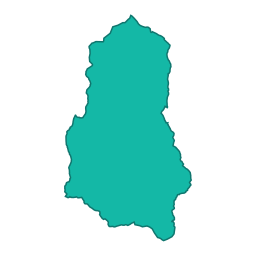 the district of Lupsa, Alba, Romania
{"feature_id": "2599482B13834137324749", "entity_name": "Lupsa", "entity_type": "district", "adm_level": 2, "iso_a3": "ROU", "parent_name": "Romania", "parent_adm1": "Alba", "projection": "orthographic", "projection_center": [23.199, 46.368], "detail": "fine", "context": "isolated", "style": "filled", "palette": "teal", "viewbox_px": 256, "rotation_deg": 0, "n_neighbors": 0, "source": "geoboundaries", "source_scale": "gbopen_adm2", "svg_char_len": 5737}
<svg xmlns="http://www.w3.org/2000/svg" viewBox="0 0 256 256"><path d="M163.6,240.6L167.2,239.2L171.9,236.7L174.0,233.9L174.9,227.4L174.8,227.0L174.5,226.6L173.9,226.1L174.0,224.6L174.2,224.1L173.9,222.7L173.4,222.2L173.3,221.9L173.0,221.6L172.0,221.5L172.3,220.9L172.5,220.6L174.0,220.0L174.0,219.8L174.4,219.6L174.4,217.7L173.4,215.7L172.8,215.0L172.6,213.6L172.3,212.9L172.2,212.3L171.9,211.7L171.9,210.6L172.2,210.2L174.3,208.6L174.2,207.4L173.5,206.2L173.6,205.7L174.1,204.8L174.2,204.0L173.9,203.0L174.1,201.9L174.0,201.2L174.2,200.8L174.3,200.3L175.0,200.0L175.2,199.6L175.6,199.3L175.6,198.9L175.9,198.3L176.0,197.6L176.7,196.9L177.6,194.7L178.8,194.6L179.2,194.6L179.4,194.1L180.7,193.6L181.9,193.3L184.1,193.1L184.8,192.8L185.8,192.0L185.7,191.6L186.8,190.7L187.5,190.4L187.6,189.2L189.6,186.9L189.7,186.4L190.8,185.2L190.8,184.3L190.0,183.4L189.5,182.3L190.1,181.7L190.4,181.1L191.2,180.1L190.8,178.7L190.7,176.8L190.7,175.0L190.5,174.5L190.4,174.2L190.4,173.4L190.3,173.1L190.2,172.6L189.9,172.3L189.6,171.6L187.5,169.4L186.7,168.9L185.8,168.5L185.3,168.0L184.7,167.4L182.6,165.7L183.5,164.1L182.7,163.2L181.9,161.5L180.7,160.9L180.2,159.3L180.9,157.5L180.5,156.4L180.4,155.7L180.5,155.2L180.5,154.5L179.8,152.8L179.5,151.7L178.1,149.9L177.8,149.7L177.5,149.5L176.9,148.5L176.3,148.1L175.8,147.7L175.9,147.4L174.2,146.4L173.9,146.4L173.0,145.8L173.8,141.9L174.1,141.3L174.3,140.6L174.0,139.8L173.4,138.8L172.8,137.5L172.8,137.1L173.7,135.6L173.9,134.8L174.0,133.3L173.0,132.1L171.7,131.3L170.9,130.6L170.3,128.9L169.0,126.5L168.6,125.9L167.8,124.5L168.0,124.3L167.5,123.6L167.5,123.2L167.7,122.8L167.0,122.9L166.5,122.7L166.0,122.7L165.9,122.1L165.3,121.1L165.2,120.8L164.7,120.3L164.7,119.9L164.4,119.4L164.5,119.2L164.3,118.6L163.3,116.3L163.1,115.7L162.8,115.4L162.4,114.6L162.1,114.2L161.1,113.5L161.3,113.0L161.4,112.2L162.0,111.2L163.2,110.0L163.8,109.1L164.4,107.8L165.0,106.3L165.7,106.6L165.9,106.9L166.2,106.7L167.2,107.7L167.4,107.5L167.5,106.7L167.2,106.1L167.1,104.7L167.1,103.6L167.0,102.6L166.9,100.9L167.0,99.8L167.2,98.5L167.3,97.4L168.0,95.5L168.5,94.6L168.6,93.9L168.5,92.7L167.9,91.1L168.0,90.8L168.6,90.2L168.6,89.6L168.4,88.4L167.9,88.1L167.8,86.6L168.0,85.9L168.0,85.3L168.3,84.5L168.4,82.9L168.0,80.9L167.6,79.7L167.6,78.7L167.9,76.9L168.1,76.1L168.2,75.5L168.1,74.2L168.2,73.7L168.7,73.7L169.0,73.4L169.4,72.6L169.7,72.2L169.9,71.7L170.0,71.1L170.0,69.7L170.2,68.8L170.3,68.0L170.5,67.5L170.9,66.9L170.9,66.5L170.8,66.0L170.7,64.1L169.9,62.7L169.2,60.9L168.4,60.0L167.9,59.0L167.2,56.9L166.9,54.6L167.0,53.3L167.7,52.0L167.8,51.3L167.8,50.5L168.2,49.6L169.4,47.8L169.5,47.2L169.8,46.3L170.0,45.2L168.8,44.1L167.9,43.0L167.3,42.6L165.2,40.6L164.7,40.2L164.1,39.2L164.3,38.4L162.4,36.8L161.3,36.1L160.3,35.6L159.5,35.4L159.0,35.3L157.3,34.3L156.8,33.8L152.5,31.8L152.5,32.0L151.5,32.4L151.0,32.4L150.6,31.6L150.1,28.7L149.1,28.0L148.7,27.5L148.0,27.2L147.0,27.1L145.9,27.3L145.1,27.3L142.3,26.4L140.1,25.4L138.5,24.0L137.0,21.5L134.2,18.3L132.0,16.1L130.8,15.4L129.7,18.3L128.3,19.3L125.1,22.6L122.7,22.7L118.0,25.2L112.8,26.8L110.2,33.3L103.9,38.2L103.7,40.9L103.1,41.8L95.9,41.6L93.1,42.9L92.0,43.1L89.1,46.4L89.2,47.9L89.9,49.5L90.1,53.6L89.3,57.3L89.7,61.5L92.1,63.9L92.5,64.6L92.4,65.3L91.9,65.9L91.2,66.4L87.3,68.9L86.8,70.1L86.0,71.7L85.9,72.0L86.0,72.4L86.1,72.7L85.7,74.2L86.0,75.1L86.6,76.3L87.4,77.0L88.4,77.8L88.7,78.3L88.8,79.1L90.0,81.2L90.2,81.7L90.7,83.5L90.7,84.0L90.2,84.8L90.2,85.1L90.3,85.3L90.2,85.8L89.4,87.2L87.0,89.7L86.7,90.7L86.3,93.0L87.4,94.4L88.0,95.7L88.0,96.8L87.8,99.0L88.2,99.8L87.9,101.4L88.1,102.1L88.1,102.4L87.9,103.4L87.4,104.1L86.7,105.6L86.1,106.3L85.8,107.1L85.7,108.3L86.0,111.5L85.5,113.7L83.4,116.7L83.1,117.5L82.7,117.5L82.3,117.8L81.8,117.9L79.9,117.8L79.5,117.7L79.2,117.3L77.8,117.4L77.2,117.2L76.3,116.3L76.0,115.9L75.7,115.3L75.6,115.2L75.3,115.3L74.5,117.1L74.2,117.6L74.1,118.0L73.8,118.4L73.5,119.7L73.4,120.3L73.2,121.1L72.9,123.6L72.7,124.1L72.5,124.9L72.2,125.7L71.9,126.1L71.2,126.5L70.9,126.9L70.1,127.3L70.0,127.5L70.1,128.3L69.9,128.6L69.3,129.0L69.3,129.5L69.1,129.8L68.7,130.2L68.0,130.5L67.3,131.2L66.9,131.8L66.8,132.0L67.1,132.9L67.1,133.3L66.9,134.0L66.1,135.9L66.0,136.6L66.1,141.2L66.3,143.4L66.3,144.2L66.4,144.8L67.3,146.2L67.3,146.6L67.2,147.1L67.6,147.7L68.6,151.9L68.9,152.1L69.3,152.4L69.4,152.7L69.4,153.8L69.5,154.2L70.2,155.1L70.7,156.3L71.3,158.7L71.5,159.7L71.3,160.8L71.3,161.8L70.6,163.5L69.9,165.1L69.7,165.7L69.4,166.0L68.8,167.7L68.9,168.2L69.2,169.1L69.4,170.2L69.5,172.8L69.4,173.5L70.0,175.7L70.5,177.3L70.4,177.6L70.5,177.9L70.3,178.4L69.9,178.8L70.0,179.1L69.8,180.0L69.2,181.7L67.7,182.1L66.7,182.6L66.2,183.3L66.2,184.3L65.9,184.9L65.2,185.5L65.0,186.1L64.8,186.5L64.8,187.0L64.9,188.1L64.8,188.6L65.1,189.1L65.0,189.6L65.0,190.9L64.9,191.1L64.8,191.8L66.7,193.6L66.4,194.0L66.8,194.7L65.7,195.9L65.4,196.5L66.7,196.9L67.2,197.4L67.9,197.6L68.5,197.6L69.3,197.2L69.8,196.7L70.2,197.1L71.1,197.2L71.2,197.4L73.2,197.5L75.5,197.2L76.3,196.8L77.9,197.8L78.8,197.8L81.7,197.4L84.1,201.2L84.0,202.2L84.6,203.5L85.2,203.8L86.8,203.9L87.6,204.2L89.8,206.9L92.3,208.4L93.7,209.6L95.2,210.4L96.2,210.6L97.8,210.7L98.4,210.9L99.4,211.3L99.7,211.6L99.8,211.9L100.0,213.6L99.6,214.3L100.0,215.3L102.2,218.4L103.6,219.4L104.8,218.9L105.1,218.9L105.9,219.5L107.4,220.8L108.1,221.7L108.3,222.3L108.1,224.4L108.7,225.7L109.2,226.4L109.9,226.6L112.9,226.4L114.0,226.9L115.0,226.8L115.8,226.6L116.0,226.4L121.5,224.8L123.0,225.2L124.2,225.2L125.3,224.8L125.9,224.6L127.8,225.4L129.3,224.7L130.4,224.1L131.3,223.4L134.1,222.1L135.0,224.7L139.8,225.7L142.4,226.8L147.0,226.0L149.6,227.0L152.3,228.9L154.3,232.7L157.6,237.5L159.5,238.0L160.9,238.7L162.0,239.7L163.6,240.6Z" fill="#14b8a6" stroke="#0f766e" stroke-width="1.5"/></svg>